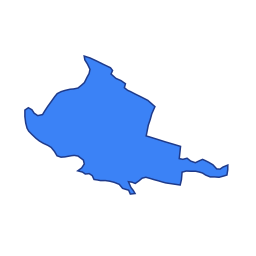 Lajeado, Rio Grande do Sul, Brazil (Equal Earth projection), rotated 188°
{"feature_id": "56859067B30359341782626", "entity_name": "Lajeado", "entity_type": "district", "adm_level": 2, "iso_a3": "BRA", "parent_name": "Brazil", "parent_adm1": "Rio Grande do Sul", "projection": "equal_earth", "projection_center": [-52.019, -29.449], "detail": "fine", "context": "isolated", "style": "filled", "palette": "blue", "viewbox_px": 256, "rotation_deg": 188, "n_neighbors": 0, "source": "geoboundaries", "source_scale": "gbopen_adm2", "svg_char_len": 1623}
<svg xmlns="http://www.w3.org/2000/svg" viewBox="0 0 256 256"><g transform="rotate(188 128 128)"><path d="M116.5,62.9L111.9,64.1L114.1,66.9L116.9,69.6L120.1,74.9L116.5,74.9L113.1,74.1L109.8,77.2L107.0,80.3L103.5,81.7L99.5,81.2L95.2,80.5L90.2,79.9L86.3,79.3L83.1,78.9L68.4,78.8L67.9,84.3L68.3,91.8L64.3,93.5L60.0,93.9L55.0,94.6L51.2,94.3L48.0,93.8L44.5,92.2L39.8,91.0L35.7,91.6L30.9,91.9L26.5,93.8L23.5,95.2L23.4,100.4L24.0,105.2L28.6,102.5L31.1,100.1L34.4,99.8L38.8,103.4L43.4,105.3L47.0,106.5L49.8,107.3L52.4,105.7L56.5,103.0L61.4,104.0L65.3,106.3L69.3,104.6L73.0,104.8L73.4,117.1L81.2,118.3L89.4,119.5L98.2,121.0L105.6,122.2L108.9,122.7L108.3,133.6L107.2,139.3L106.4,145.5L104.3,152.9L112.2,158.1L118.8,160.4L125.5,162.6L130.6,164.4L133.7,165.3L137.2,167.4L136.7,171.5L141.4,173.9L147.0,175.5L152.3,179.1L151.3,182.8L153.7,185.2L161.6,187.7L169.1,190.2L175.4,192.1L181.4,193.1L180.2,189.4L177.0,185.6L173.8,180.8L174.1,176.5L175.6,172.6L177.5,166.9L180.1,163.8L183.1,160.6L187.3,159.1L190.8,158.3L195.7,156.4L199.3,154.7L202.9,152.2L205.0,148.7L207.6,143.7L210.3,138.6L212.5,134.0L214.5,129.4L219.1,127.7L223.0,129.6L225.7,132.7L229.5,134.2L232.6,131.4L231.7,125.0L230.0,118.7L227.9,113.7L225.9,111.1L222.7,108.6L217.7,105.0L213.9,102.8L209.8,101.1L204.8,99.6L201.4,98.1L197.6,94.6L194.4,90.6L190.3,89.8L186.5,90.6L180.2,92.7L177.4,93.4L173.6,93.3L167.7,90.0L166.3,86.3L168.3,82.0L171.8,78.6L166.9,78.0L163.9,76.5L160.1,77.4L156.8,75.9L154.5,72.3L151.0,72.3L148.0,72.1L143.2,72.8L138.8,72.8L134.2,72.3L128.8,71.0L125.0,67.5L122.1,67.0L118.7,66.5L116.5,62.9Z" fill="#3b82f6" stroke="#1e3a8a" stroke-width="1.5"/></g></svg>